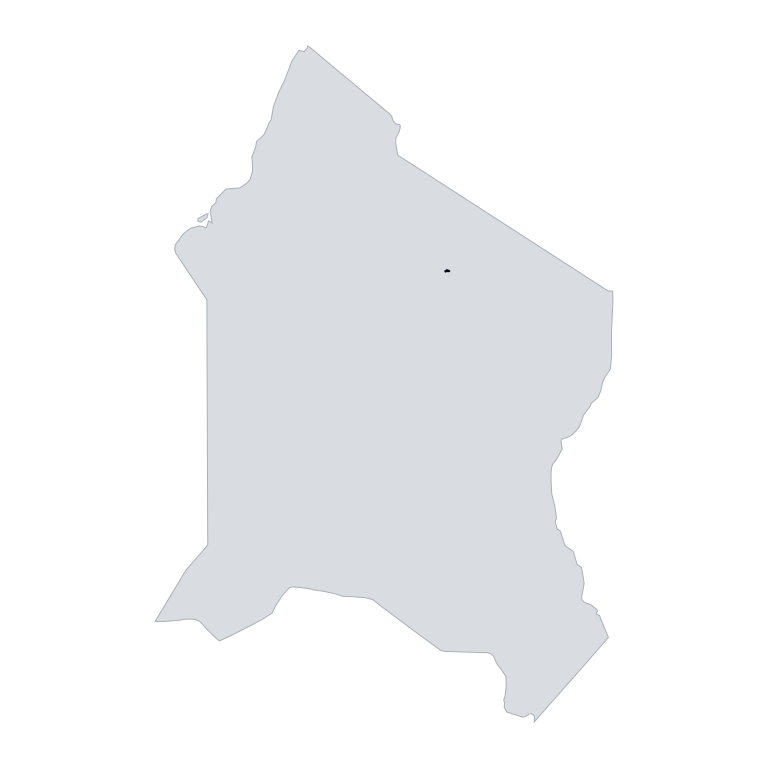 Kibra, Nairobi, Kenya shown in context, rotated 180°
{"feature_id": "3690345B3888847045998", "entity_name": "Kibra", "entity_type": "district", "adm_level": 2, "iso_a3": "KEN", "parent_name": "Kenya", "parent_adm1": "Nairobi", "projection": "natural_earth1", "projection_center": [36.794, -1.304], "detail": "fine", "context": "in_parent", "style": "filled", "palette": "ink", "viewbox_px": 768, "rotation_deg": 180, "n_neighbors": 0, "source": "geoboundaries", "source_scale": "gbopen_adm2", "svg_char_len": 3539}
<svg xmlns="http://www.w3.org/2000/svg" viewBox="0 0 768 768"><g transform="rotate(180 384 384)"><path d="M155.3,477.0L155.1,465.7L156.5,436.9L156.4,411.7L157.6,399.0L163.0,391.0L165.5,385.2L167.3,377.0L170.1,370.4L176.5,365.0L177.7,362.0L184.4,353.0L188.5,341.4L191.6,337.5L195.4,333.8L198.1,331.9L202.6,330.0L206.1,328.9L206.7,328.0L207.0,326.1L205.8,318.9L207.3,316.5L209.7,311.7L212.4,307.3L214.9,304.4L216.2,301.5L216.9,296.4L217.0,292.9L217.0,287.0L216.2,273.7L213.3,262.6L211.5,250.1L212.9,246.0L210.6,238.7L209.5,238.3L207.6,236.7L205.3,229.8L203.5,223.6L202.4,222.0L194.7,216.5L190.9,203.5L186.6,200.6L184.3,187.8L183.9,184.1L186.3,171.3L186.1,168.3L183.5,165.6L176.3,162.8L170.4,157.5L171.2,155.7L171.6,153.8L168.6,152.5L159.6,130.5L171.2,117.3L182.8,103.9L197.7,87.0L211.4,71.5L223.2,58.1L233.7,46.1L233.5,48.4L233.5,51.4L234.8,53.3L237.0,54.5L240.0,53.2L242.7,51.3L245.2,50.9L261.0,55.9L263.7,60.3L263.5,64.9L264.2,68.3L263.0,71.7L261.7,82.0L262.1,91.5L266.8,98.5L271.0,104.0L274.4,111.7L276.9,114.1L280.3,115.3L291.2,115.6L307.3,116.1L322.8,116.6L324.2,116.8L327.5,117.8L341.8,128.2L354.9,137.8L365.9,146.1L376.7,154.1L387.1,161.9L395.2,168.4L403.2,170.4L416.1,171.3L425.1,171.7L433.4,174.4L445.7,176.9L454.9,178.2L460.5,179.7L475.9,181.2L478.5,180.4L485.3,173.1L492.9,161.4L495.8,155.0L505.7,148.6L523.0,139.6L535.2,133.3L548.7,127.0L554.9,132.5L563.4,141.3L567.2,145.7L570.2,147.6L574.9,148.9L580.5,148.9L583.5,148.7L589.8,147.6L604.5,146.5L612.9,146.6L605.8,158.3L597.4,172.3L581.9,198.1L570.0,211.7L561.1,221.9L560.2,223.8L560.3,235.2L560.4,263.2L560.6,319.1L560.8,375.0L561.0,430.9L561.1,458.9L561.1,468.3L569.0,480.0L576.7,491.5L586.8,506.7L592.3,514.9L593.2,517.6L592.9,523.0L584.5,534.4L577.7,539.6L568.5,542.1L565.7,541.6L562.1,540.0L560.6,542.7L559.6,547.0L557.5,546.1L556.0,544.8L556.9,552.4L557.9,556.1L556.5,561.2L552.0,565.6L551.6,569.3L541.9,579.0L528.2,580.1L520.9,585.0L517.7,588.9L515.3,597.6L516.1,610.9L512.3,621.1L511.5,626.2L504.4,632.9L501.3,639.0L499.0,645.2L496.9,647.9L494.5,661.8L491.2,670.2L490.3,673.0L489.5,675.5L486.9,680.5L485.3,683.9L484.1,686.1L475.7,707.7L469.1,717.5L464.0,716.4L460.6,720.1L460.2,721.9L458.4,720.9L454.1,717.4L445.4,710.0L436.6,702.7L427.8,695.3L419.0,688.0L410.2,680.7L401.4,673.3L392.6,666.0L383.8,658.7L378.6,654.4L376.4,651.8L374.6,646.8L373.7,645.5L371.3,643.9L368.6,643.6L367.8,642.6L367.8,640.1L368.8,636.6L372.0,629.9L372.4,625.9L371.7,621.4L370.7,614.3L369.9,612.6L364.0,608.8L351.8,601.0L339.6,593.1L327.4,585.2L315.1,577.3L302.9,569.4L290.7,561.5L278.5,553.6L266.2,545.7L254.0,537.8L241.8,529.9L229.6,522.0L217.3,514.1L205.1,506.2L192.9,498.3L180.7,490.4L168.4,482.5L163.8,479.5L159.7,477.0L155.3,477.0ZM562.0,553.8L559.9,554.4L561.0,550.5L567.3,545.7L569.8,546.8L570.3,547.9L570.2,548.9L569.1,549.9L562.0,553.8Z" fill="#d9dde1" stroke="#a8b0b8" stroke-width="1"/><path d="M318.5,496.9L318.5,497.0L318.8,497.1L318.9,497.4L319.1,497.4L319.6,497.3L319.6,497.5L319.8,497.5L320.0,497.7L320.2,497.8L320.3,497.8L320.5,497.8L320.5,497.7L320.8,497.6L320.9,497.8L321.0,497.8L321.1,498.0L321.2,497.9L321.3,497.9L321.5,497.8L321.4,497.7L321.2,497.7L321.1,497.4L321.3,497.4L321.4,497.5L321.5,497.6L321.8,497.5L321.8,497.3L321.8,497.2L322.0,497.2L322.3,497.0L322.5,497.0L322.8,496.9L322.8,496.7L322.7,496.6L322.8,496.6L322.7,496.4L322.6,496.2L322.4,496.2L322.3,496.3L322.2,496.3L321.9,496.4L321.6,496.5L321.3,496.6L321.2,496.6L320.4,496.6L320.0,496.7L319.8,496.7L319.7,496.7L319.3,496.6L319.2,496.5L318.5,496.9Z" fill="#0f172a" stroke="#020617" stroke-width="1.5"/></g></svg>